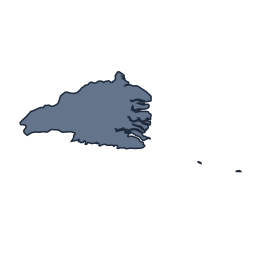 the border of Ayeyarwady, rotated 263°
{"feature_id": "MMR-3275", "entity_name": "Ayeyarwady", "entity_type": "Division", "adm_level": 1, "iso_a3": "MMR", "parent_name": "Myanmar", "parent_adm1": "", "projection": "robinson", "projection_center": [94.965, 16.268], "detail": "fine", "context": "isolated", "style": "filled", "palette": "slate", "viewbox_px": 256, "rotation_deg": 263, "n_neighbors": 0, "source": "natural_earth", "source_scale": "10m", "svg_char_len": 6005}
<svg xmlns="http://www.w3.org/2000/svg" viewBox="0 0 256 256"><g transform="rotate(263 128 128)"><path d="M182.8,122.7L184.9,124.7L184.9,126.0L182.8,128.5L181.2,130.2L180.4,130.5L179.6,130.4L179.6,130.0L179.9,129.4L180.0,128.5L179.3,129.2L178.8,130.1L178.2,130.7L177.1,130.8L177.4,129.2L174.4,132.4L173.5,133.9L172.6,134.2L171.7,133.9L171.3,133.3L171.1,131.5L170.9,130.7L170.4,130.2L170.8,134.8L170.5,135.8L169.3,137.8L169.0,138.6L169.0,140.9L168.9,141.5L167.9,143.4L162.0,150.4L159.4,152.5L158.1,153.8L157.4,154.3L156.6,154.7L155.7,154.7L153.0,154.3L152.3,154.1L152.0,153.5L151.8,148.8L152.1,148.4L152.6,148.1L153.1,147.4L153.3,146.6L153.1,145.8L154.2,144.7L154.8,143.3L155.2,141.7L155.4,140.1L155.4,139.1L154.6,136.8L154.4,135.9L154.9,134.7L155.1,133.8L154.9,133.8L154.1,134.7L153.8,135.2L153.7,135.8L153.9,136.6L154.4,138.0L154.6,138.9L154.5,141.1L154.3,141.7L153.0,143.5L152.4,145.6L151.5,146.9L150.5,147.3L149.9,146.1L150.3,145.1L151.0,143.8L151.5,142.4L151.4,140.8L150.0,143.4L149.3,144.9L149.1,146.5L149.3,150.1L148.8,151.3L147.2,151.7L146.0,151.1L145.2,149.8L144.8,147.9L144.7,146.1L145.7,140.6L145.3,139.1L144.4,141.7L144.0,139.7L144.5,137.7L145.7,136.1L147.2,135.5L148.6,135.6L149.0,135.5L149.4,135.2L148.0,134.7L147.8,134.2L147.6,134.1L146.1,134.6L145.9,134.4L145.6,133.8L145.3,133.8L145.0,134.6L143.8,136.4L142.8,137.3L142.7,138.6L143.0,141.1L142.9,142.4L142.2,148.4L141.8,149.6L141.3,150.3L139.8,150.8L139.3,151.9L138.8,152.4L137.2,152.4L135.8,151.7L133.9,151.5L133.4,151.1L133.9,150.2L135.2,149.3L135.5,148.7L135.5,148.3L135.1,147.5L134.9,147.4L134.1,148.5L133.7,148.7L133.5,147.5L133.5,146.0L133.5,145.4L132.9,144.0L132.9,143.4L133.1,142.8L134.1,141.4L134.5,141.1L135.2,141.0L136.0,140.7L136.5,140.1L136.7,139.1L135.2,140.1L135.0,139.2L134.8,137.1L134.1,135.5L134.1,134.8L134.3,134.1L135.1,132.7L135.6,132.1L136.4,131.7L138.1,131.2L138.8,130.6L139.3,129.7L139.5,128.8L138.5,130.3L137.5,130.5L136.7,130.9L135.8,130.8L135.4,131.0L134.2,132.8L133.7,133.2L133.5,134.2L133.5,136.3L134.1,138.6L134.4,139.0L133.4,141.0L130.9,142.8L130.3,143.7L129.1,146.7L128.1,147.9L127.4,148.3L126.5,148.4L125.5,148.0L125.0,147.3L124.9,146.4L124.5,145.4L124.4,146.3L123.9,146.2L123.4,145.5L123.0,144.8L127.3,141.8L128.6,140.1L129.0,137.7L130.0,136.4L130.2,135.6L130.3,134.6L131.1,133.8L131.2,133.1L130.4,133.6L130.0,134.2L129.4,135.8L128.3,137.9L127.4,140.0L126.0,141.1L123.6,143.7L122.6,144.3L121.6,144.1L121.4,142.8L122.5,141.1L124.8,138.8L125.7,137.1L126.3,135.1L126.6,133.0L126.5,130.8L125.9,129.3L125.7,128.5L126.6,126.8L127.4,123.9L127.7,123.5L128.1,123.4L128.6,123.5L128.6,123.2L128.1,122.7L127.5,118.1L127.5,117.5L127.7,116.9L128.5,116.3L128.6,115.6L127.1,116.4L126.5,116.3L126.2,115.2L126.0,116.3L126.5,120.6L126.5,123.4L126.3,124.1L125.3,125.4L124.8,127.2L124.2,128.4L123.3,129.2L122.3,129.5L122.2,129.2L123.6,127.2L124.5,125.2L124.2,124.3L123.8,124.4L123.3,125.2L122.9,126.8L122.3,127.7L121.9,127.8L121.4,127.7L120.5,126.9L119.7,126.7L119.4,127.1L119.6,129.0L119.5,130.1L119.1,131.8L116.9,135.8L115.7,137.4L114.4,138.1L113.5,138.2L112.9,138.6L112.5,139.3L112.3,140.6L112.0,141.1L111.2,141.4L110.4,141.4L109.8,141.1L108.9,142.2L108.3,142.5L107.8,142.1L106.7,140.2L106.5,139.6L106.5,138.8L106.7,133.3L107.7,127.8L107.6,124.1L107.7,123.5L108.6,122.2L109.2,118.4L109.0,115.5L109.2,114.9L110.7,115.4L111.7,115.4L112.1,114.4L112.4,113.0L112.3,112.3L111.5,111.9L111.5,111.6L112.5,111.1L113.0,110.2L113.1,107.1L113.7,104.4L114.5,103.5L114.7,102.9L114.6,100.8L114.4,100.0L113.9,98.8L113.7,98.1L113.8,97.4L114.2,97.1L115.1,97.4L115.6,97.4L116.1,97.0L117.3,95.1L116.4,95.1L116.8,94.3L117.0,93.4L117.0,89.7L117.2,89.3L117.9,88.1L118.3,86.6L118.2,85.8L117.0,85.2L116.8,84.6L116.9,83.9L117.3,83.5L119.3,84.4L120.4,83.6L120.5,83.1L120.3,82.7L119.3,82.1L119.2,81.5L119.3,79.3L119.6,78.7L120.2,78.6L120.7,78.3L120.7,77.2L121.9,77.6L122.4,78.0L122.8,78.5L122.0,75.3L121.7,70.2L124.5,72.5L125.4,72.9L127.1,73.2L128.8,74.8L129.1,74.9L129.5,74.7L130.9,71.8L131.4,70.1L131.5,66.5L131.7,64.7L131.7,63.3L131.8,62.5L132.2,61.6L134.3,58.9L134.9,57.3L135.2,54.7L135.7,53.2L135.8,51.5L134.1,48.3L133.9,47.1L133.9,46.3L134.6,44.3L134.6,39.4L135.3,35.6L135.2,32.8L134.8,30.9L133.0,27.0L135.0,25.2L136.1,24.4L137.1,24.1L138.4,24.4L139.4,25.3L140.3,26.3L141.5,26.9L142.6,26.9L143.4,26.1L144.1,24.0L144.1,22.9L144.4,22.1L145.3,21.6L146.3,21.5L148.1,23.4L151.3,27.9L151.8,28.4L151.9,28.8L153.0,29.8L154.8,32.1L156.0,33.1L156.8,35.7L156.8,36.8L157.2,37.7L158.8,42.7L159.0,44.5L158.6,46.4L159.6,47.3L160.3,48.1L160.5,48.4L160.3,50.2L160.3,52.2L160.1,52.9L158.8,54.4L158.8,55.4L159.1,57.5L159.8,59.5L160.6,60.9L161.6,62.0L162.3,62.4L163.0,62.6L164.4,63.3L167.2,64.5L168.2,65.2L169.1,66.5L171.3,70.3L170.8,72.5L169.6,75.2L169.0,78.1L169.0,79.5L169.6,82.6L170.7,83.6L171.1,84.5L171.5,85.0L172.3,85.8L173.4,86.9L174.8,89.8L175.4,90.4L175.7,91.0L175.7,92.8L175.8,93.2L176.1,93.8L177.0,94.7L177.8,95.9L178.0,97.2L177.1,99.1L176.6,100.2L176.6,101.4L177.8,103.8L178.1,105.1L177.8,106.9L177.2,108.5L176.8,109.1L176.2,109.4L176.6,110.4L176.8,110.5L177.1,111.3L177.0,113.3L177.3,114.2L176.9,115.1L175.4,116.7L175.0,117.8L175.4,118.3L176.1,118.7L176.3,119.2L176.4,119.9L177.1,120.8L178.0,121.3L179.1,121.6L181.3,121.7L181.9,121.9L182.3,122.4L182.8,122.7ZM125.6,130.2L125.8,132.6L125.3,135.1L124.2,137.3L122.1,140.3L121.7,140.7L121.0,141.1L118.7,141.9L117.8,142.6L117.8,143.7L117.4,144.3L116.5,145.2L116.1,145.8L116.3,146.5L115.9,147.3L115.0,148.7L114.6,148.7L114.6,148.4L115.3,147.2L114.9,145.4L113.8,142.4L114.1,140.9L115.3,140.1L116.8,139.3L118.1,138.1L119.6,135.1L120.8,133.8L123.5,130.2L124.8,129.1L125.6,130.2ZM132.4,143.6L132.7,145.0L133.2,146.9L133.0,147.5L132.2,148.9L131.6,150.8L130.5,151.0L129.2,150.6L128.3,150.0L128.3,149.7L129.1,149.0L129.7,148.1L130.6,146.1L131.7,144.3L132.4,143.6ZM72.0,230.8L72.2,233.0L71.9,233.9L71.1,234.5L71.5,230.9L71.6,230.3L71.8,230.2L72.0,230.8ZM83.9,196.1L84.3,195.5L84.6,194.7L85.1,193.9L85.9,193.5L85.9,193.8L85.1,195.5L84.5,196.1L83.9,196.1Z" fill="#64748b" stroke="#1e293b" stroke-width="1.5"/></g></svg>